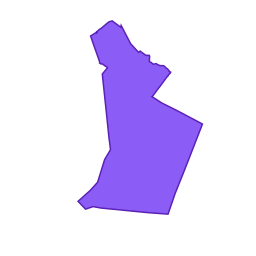 the district of Rojas de Cuauhtémoc, Oaxaca, Mexico, rotated 294°
{"feature_id": "50627088B87097149335611", "entity_name": "Rojas de Cuauhtémoc", "entity_type": "district", "adm_level": 2, "iso_a3": "MEX", "parent_name": "Mexico", "parent_adm1": "Oaxaca", "projection": "robinson", "projection_center": [-96.619, 17.005], "detail": "fine", "context": "isolated", "style": "filled", "palette": "violet", "viewbox_px": 256, "rotation_deg": 294, "n_neighbors": 0, "source": "geoboundaries", "source_scale": "gbopen_adm2", "svg_char_len": 1855}
<svg xmlns="http://www.w3.org/2000/svg" viewBox="0 0 256 256"><g transform="rotate(294 128 128)"><path d="M40.7,112.2L36.6,122.2L42.0,128.1L43.9,135.9L58.9,181.0L65.6,199.6L87.2,197.7L113.8,196.7L158.0,194.6L161.9,194.4L163.8,166.2L164.6,148.5L166.4,137.2L166.7,137.4L169.6,138.1L170.5,138.3L172.8,138.8L173.8,139.0L178.7,140.2L178.9,140.3L181.3,140.8L182.6,141.1L184.5,141.5L184.8,141.6L185.2,141.7L185.9,141.8L186.4,141.9L190.0,142.7L191.0,143.0L191.6,143.3L192.1,143.4L192.5,143.4L192.9,143.3L193.4,143.4L193.7,143.6L194.1,143.9L194.8,144.1L195.6,144.3L196.4,144.3L196.4,143.6L196.4,143.1L196.5,142.6L197.0,142.3L197.2,141.9L197.4,141.3L197.6,141.0L198.1,139.9L198.2,139.1L198.4,138.4L198.7,137.5L199.0,136.8L199.1,136.7L199.3,135.9L199.3,135.3L199.2,134.6L198.8,133.7L198.3,132.6L198.2,132.2L198.0,131.3L197.9,131.1L197.9,130.9L198.0,130.7L198.0,130.3L198.0,129.3L198.2,128.0L198.2,127.6L198.1,127.3L197.9,126.9L197.5,126.5L197.1,125.9L196.9,125.5L196.8,125.2L196.6,124.7L196.7,124.2L196.9,123.9L197.0,123.5L197.3,122.6L197.3,122.2L197.3,121.0L197.3,120.5L198.7,120.0L200.4,119.3L201.2,119.0L201.8,118.8L202.3,118.6L202.5,118.4L203.0,117.8L202.0,115.7L201.7,114.4L202.2,112.3L202.6,110.2L203.2,107.8L201.4,106.9L206.0,96.2L218.9,80.0L217.1,80.4L219.4,70.0L219.4,69.9L219.2,69.8L219.0,69.5L218.6,69.1L218.4,68.8L218.3,68.6L218.1,68.4L217.9,68.2L217.7,68.0L217.5,67.7L217.1,67.4L216.8,67.2L216.2,66.9L215.9,66.7L215.7,66.6L208.0,62.9L207.9,62.8L207.3,62.3L206.5,61.8L204.4,60.9L203.2,60.2L202.7,61.0L202.1,60.9L201.8,60.5L201.9,60.2L202.0,59.9L196.9,56.4L192.4,60.5L176.9,75.2L175.8,75.6L175.5,77.1L176.1,78.4L175.7,80.2L175.6,81.1L175.3,82.0L175.2,82.8L175.2,83.9L174.9,84.7L172.8,84.2L166.8,82.6L166.6,82.7L130.8,103.4L111.8,114.3L101.2,120.8L89.7,119.5L66.1,122.3L55.4,118.8L40.7,112.2Z" fill="#8b5cf6" stroke="#5b21b6" stroke-width="1.5"/></g></svg>